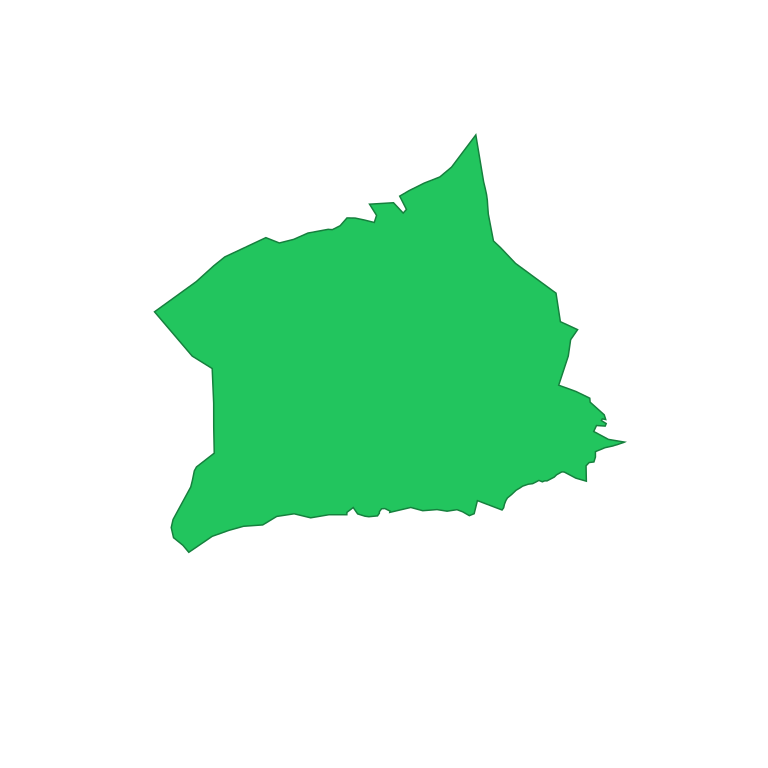 Gubio, Borno, Nigeria (Albers equal-area conic projection), rotated 218°
{"feature_id": "59680162B83800309048446", "entity_name": "Gubio", "entity_type": "district", "adm_level": 2, "iso_a3": "NGA", "parent_name": "Nigeria", "parent_adm1": "Borno", "projection": "albers", "projection_center": [12.673, 12.672], "detail": "fine", "context": "isolated", "style": "filled", "palette": "green", "viewbox_px": 768, "rotation_deg": 218, "n_neighbors": 0, "source": "geoboundaries", "source_scale": "gbopen_adm2", "svg_char_len": 1887}
<svg xmlns="http://www.w3.org/2000/svg" viewBox="0 0 768 768"><g transform="rotate(218 384 384)"><path d="M158.7,486.3L173.1,478.5L189.5,475.7L191.0,482.1L183.8,487.0L184.5,489.6L190.2,489.0L190.5,490.9L187.4,492.5L191.5,495.3L210.4,496.6L213.1,499.5L228.1,496.3L245.6,490.6L256.0,519.5L264.2,533.8L264.9,546.0L283.4,541.7L304.4,561.5L309.4,561.3L354.6,560.0L369.4,562.2L376.0,563.2L385.8,564.1L406.4,582.1L412.5,588.8L415.6,592.3L419.7,596.3L424.6,600.4L429.9,604.6L465.0,636.8L464.3,596.5L467.5,581.5L476.0,567.1L483.3,551.8L487.3,541.7L473.8,535.4L474.1,530.5L488.1,532.7L506.1,516.8L493.7,512.3L491.1,505.3L500.1,501.3L508.9,497.0L511.0,495.4L515.4,492.1L516.0,481.7L519.7,473.9L522.1,472.2L522.8,471.8L523.4,471.3L536.9,456.1L544.2,442.4L553.3,430.7L567.2,426.6L587.7,386.1L590.9,372.5L595.0,349.0L609.3,299.6L552.3,287.9L528.9,290.4L506.3,263.9L491.8,245.4L475.2,225.0L480.7,203.2L480.0,198.8L475.6,190.0L472.9,183.9L466.8,147.4L463.3,139.9L455.2,133.3L443.2,133.1L434.2,131.2L425.6,158.2L416.1,173.2L407.1,185.4L392.8,198.3L387.0,213.6L374.9,226.4L359.4,233.4L347.0,247.0L332.8,258.1L334.2,260.0L332.2,267.7L324.8,265.4L317.6,268.1L314.2,270.1L307.9,276.1L308.0,277.0L308.1,279.3L309.0,280.5L309.1,284.2L306.6,286.4L300.9,287.6L300.4,286.4L286.9,303.2L275.5,308.0L268.7,314.2L264.9,317.7L256.0,322.6L249.1,329.9L243.4,331.7L235.7,332.8L233.1,337.3L238.6,349.6L213.4,357.4L213.5,360.1L215.1,363.5L216.2,367.2L216.6,370.2L215.4,375.5L214.5,381.6L212.8,386.0L211.9,388.8L208.6,393.9L205.5,397.0L203.8,400.6L202.6,403.4L199.0,404.4L197.7,406.7L195.9,408.0L192.5,415.5L192.1,418.7L189.8,424.2L187.8,425.6L182.8,426.5L174.9,427.9L164.7,432.0L174.4,443.9L174.0,448.4L170.6,451.8L172.4,456.6L175.7,460.8L175.0,462.2L173.1,465.5L171.9,467.6L171.8,467.8L170.7,469.8L165.4,476.2L164.5,477.6L163.0,479.6L158.8,486.1L158.7,486.3Z" fill="#22c55e" stroke="#15803d" stroke-width="1.5"/></g></svg>